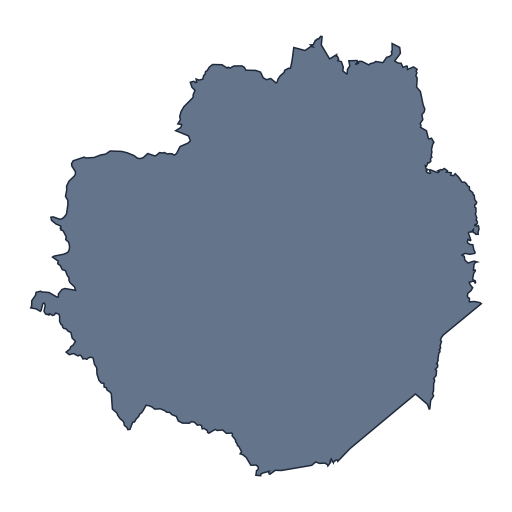 Atengo, Jalisco, Mexico
{"feature_id": "50627088B38886465943482", "entity_name": "Atengo", "entity_type": "district", "adm_level": 2, "iso_a3": "MEX", "parent_name": "Mexico", "parent_adm1": "Jalisco", "projection": "orthographic", "projection_center": [-104.254, 20.32], "detail": "fine", "context": "isolated", "style": "filled", "palette": "slate", "viewbox_px": 512, "rotation_deg": 0, "n_neighbors": 0, "source": "geoboundaries", "source_scale": "gbopen_adm2", "svg_char_len": 5916}
<svg xmlns="http://www.w3.org/2000/svg" viewBox="0 0 512 512"><path d="M392.1,43.5L392.2,50.4L391.3,51.9L391.8,52.4L391.7,54.7L389.7,56.4L386.6,57.3L383.3,62.2L382.5,62.6L375.6,61.5L373.9,62.8L370.3,63.6L368.8,64.9L362.1,61.5L359.7,61.2L358.5,61.8L358.5,63.2L355.3,64.6L357.5,62.2L357.1,60.5L348.8,60.8L349.8,65.9L347.4,69.5L347.2,73.8L346.6,73.9L342.8,70.9L343.3,67.3L341.4,61.7L337.8,60.6L338.7,59.1L337.3,56.2L336.2,56.1L336.5,54.7L329.6,58.9L321.3,44.9L322.1,36.6L320.7,36.3L318.7,38.9L317.4,38.9L315.7,40.7L315.3,40.4L313.2,44.7L310.5,44.9L312.8,46.8L310.8,46.5L305.1,50.5L293.8,47.5L292.0,61.1L290.4,68.3L288.4,68.3L284.7,70.3L284.1,72.5L280.4,75.6L278.0,79.1L277.1,82.3L276.1,82.9L270.7,78.5L266.5,79.7L263.2,77.8L260.5,72.1L255.7,70.4L245.9,70.2L244.3,67.3L241.9,65.9L233.8,66.0L230.0,68.1L228.2,67.2L227.2,68.1L222.0,64.7L212.6,64.5L209.4,67.0L207.2,70.6L205.6,71.5L205.0,74.3L203.6,75.6L202.8,79.2L198.8,80.1L196.1,79.0L196.7,82.3L195.8,82.5L193.7,81.3L190.3,82.3L192.0,87.4L195.0,90.4L193.1,94.9L193.2,96.6L192.7,97.8L183.9,106.7L181.0,111.7L179.7,116.6L180.4,119.6L177.8,123.9L181.6,124.5L181.3,126.4L180.7,127.5L175.7,130.7L188.5,135.9L190.4,140.8L188.0,143.1L180.1,146.5L176.8,153.0L175.2,154.8L173.6,154.9L172.4,153.9L169.6,153.6L167.3,154.0L164.4,152.5L162.8,153.0L159.5,152.6L156.0,155.6L154.5,155.8L147.7,153.5L143.2,157.7L140.0,158.6L137.5,158.2L134.1,155.6L127.3,152.8L121.6,151.4L110.1,151.0L105.7,154.1L100.8,154.9L94.1,157.5L85.8,158.0L84.2,157.1L73.2,160.8L71.5,163.8L71.9,166.2L75.4,171.7L75.4,174.0L74.7,175.7L69.0,181.1L66.6,186.1L66.7,190.2L65.5,196.4L67.8,200.3L67.9,204.3L66.5,214.1L64.1,217.1L61.5,219.1L59.0,219.0L53.3,216.9L50.9,217.2L51.5,220.3L56.0,224.0L60.5,225.9L61.0,227.1L60.2,228.1L61.1,229.0L60.7,229.8L62.9,230.6L63.9,232.3L66.2,236.8L65.7,239.6L68.7,242.3L69.6,246.5L69.2,249.8L67.7,252.5L63.7,254.2L54.1,256.1L52.5,257.1L58.2,261.1L57.7,263.7L60.3,265.6L62.3,269.7L65.3,270.5L67.5,275.9L69.0,277.6L68.9,280.1L69.9,282.5L74.6,287.0L75.5,290.3L64.9,288.5L62.0,289.5L58.4,294.0L58.4,296.9L56.8,297.0L49.1,292.5L41.8,291.9L40.6,291.2L36.1,292.3L35.5,295.3L31.8,300.6L31.6,306.2L30.7,307.9L36.0,308.8L40.3,311.3L41.1,310.5L42.9,303.5L44.5,303.1L45.2,305.2L44.0,311.3L45.5,313.9L46.3,314.4L48.9,314.1L48.6,314.9L49.2,314.9L49.7,313.8L52.7,315.5L54.5,314.8L55.5,313.1L58.7,314.0L59.6,316.1L59.6,321.3L60.9,324.3L62.3,325.2L62.6,327.0L63.9,328.5L66.0,328.8L68.0,331.1L70.9,332.5L72.1,338.0L75.4,341.4L73.2,345.0L70.7,346.8L70.1,348.8L66.1,352.1L69.3,354.7L73.5,353.5L77.9,355.9L80.0,355.1L81.3,356.0L83.0,359.0L84.1,358.5L86.9,359.3L88.3,357.9L91.1,357.1L93.2,358.2L94.4,364.1L96.7,367.8L97.0,374.3L99.1,380.5L101.3,383.0L103.9,383.4L104.1,387.0L106.2,387.6L107.0,389.9L110.5,392.5L111.3,393.8L112.4,409.0L117.0,413.1L117.6,415.1L120.1,418.7L122.9,421.0L123.9,422.5L124.3,425.3L126.8,427.3L127.9,429.7L130.0,429.3L132.7,422.2L134.5,422.0L136.3,418.8L138.6,416.6L139.7,414.0L141.5,412.9L143.2,410.5L146.0,405.3L149.3,405.8L152.4,407.2L154.6,409.1L160.3,408.8L164.9,410.7L166.4,412.1L169.9,412.5L171.8,414.6L176.4,416.4L178.2,420.9L182.5,423.1L189.4,423.2L191.5,421.6L194.6,422.3L197.3,425.2L199.4,424.8L201.5,425.5L202.2,428.9L204.3,428.5L207.5,430.8L207.6,432.4L208.9,433.2L215.2,429.4L217.1,430.5L222.7,430.0L226.3,433.3L231.8,433.1L232.5,434.2L232.1,435.7L235.5,439.8L235.6,441.7L237.2,443.9L237.4,445.6L238.7,446.3L241.6,451.7L240.1,453.8L242.7,454.7L246.2,457.4L250.8,465.2L256.2,465.1L257.9,466.7L258.5,468.0L257.8,469.9L256.5,470.6L255.9,475.3L260.7,475.7L260.7,474.3L262.8,473.0L268.9,471.4L268.5,471.9L269.3,474.1L270.0,474.2L275.3,470.3L281.4,470.5L311.8,465.3L315.6,462.0L319.6,463.4L324.8,463.1L327.6,464.7L327.9,465.9L330.8,462.0L330.1,461.3L331.2,459.0L333.4,462.8L333.6,461.9L336.2,460.0L337.4,460.1L337.8,461.3L350.1,448.5L415.5,394.0L427.5,404.4L429.2,409.1L429.8,408.8L430.7,400.3L433.6,396.0L432.5,393.0L433.5,391.3L433.7,383.4L434.5,381.5L434.5,379.7L433.6,378.8L436.1,375.5L436.6,370.6L435.3,369.5L437.6,366.9L437.7,364.9L437.3,363.7L436.7,363.7L438.2,360.2L437.9,359.4L438.8,353.2L439.9,351.9L439.9,350.2L439.2,349.7L440.6,348.1L440.1,345.8L441.5,341.5L440.4,340.2L441.5,337.4L443.4,334.9L481.3,303.7L480.1,302.7L474.6,301.5L469.3,301.8L469.5,298.3L467.7,297.3L467.4,295.9L467.8,293.4L471.0,290.6L472.7,287.7L470.2,284.8L469.2,282.3L473.1,281.1L474.3,281.6L475.1,283.0L475.6,282.6L475.1,280.7L473.2,279.9L472.6,278.5L473.8,273.2L475.4,270.8L475.1,270.0L473.4,270.3L474.1,264.3L475.4,262.4L477.1,262.0L474.1,261.1L468.0,263.0L464.8,260.0L464.3,256.4L462.0,255.1L464.9,253.4L469.9,254.3L474.8,253.4L475.1,252.3L473.9,250.0L472.8,244.7L469.8,244.4L467.5,242.6L467.4,241.6L468.1,239.3L470.1,240.7L470.8,240.1L468.4,233.0L469.1,232.0L471.1,232.1L473.3,229.7L473.0,232.3L475.1,233.2L475.7,234.3L478.2,234.3L478.1,231.9L479.0,229.1L478.6,226.4L478.3,225.7L477.1,226.3L474.7,225.5L475.2,224.4L476.7,224.4L477.4,222.9L477.0,220.9L476.0,220.0L476.8,217.8L475.3,213.8L475.9,212.8L476.0,208.1L474.7,207.0L474.9,204.5L476.1,204.0L476.7,202.3L474.7,199.6L474.2,195.2L473.1,194.4L472.8,192.7L469.4,189.8L469.4,186.8L467.5,185.8L466.4,183.7L464.4,182.1L462.0,182.2L459.0,177.6L455.2,173.7L453.6,175.6L450.7,175.3L451.2,172.7L446.4,172.1L447.4,170.8L444.4,168.5L441.9,170.0L440.7,169.6L437.8,170.8L439.2,171.7L437.8,172.7L430.0,169.7L429.5,170.3L430.5,173.1L429.2,173.4L426.6,172.1L426.2,170.8L428.0,169.6L426.0,168.7L425.3,165.7L426.5,166.1L427.8,162.8L429.0,162.9L430.8,161.3L430.5,158.4L431.9,157.2L431.2,155.4L431.9,152.1L431.5,149.6L432.7,144.3L433.9,142.3L431.5,138.2L428.9,139.0L428.3,138.3L426.5,130.8L420.5,127.3L421.0,125.5L420.2,123.3L422.8,119.7L421.9,114.6L424.2,111.9L424.8,109.0L423.2,105.1L420.4,91.5L416.6,87.1L417.2,78.1L415.8,75.7L416.9,72.9L416.1,71.2L417.1,69.3L413.5,66.9L407.5,69.5L407.3,66.3L406.4,66.0L403.0,67.4L401.1,63.2L398.1,63.1L394.6,61.0L399.9,54.1L400.4,52.8L399.7,47.4L392.1,43.5Z" fill="#64748b" stroke="#1e293b" stroke-width="1.5"/></svg>